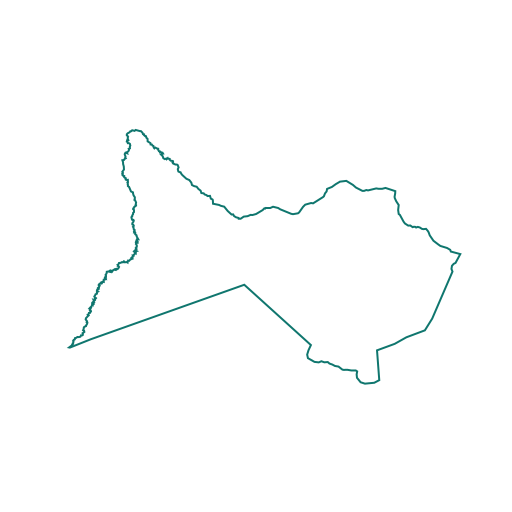 Dormaa West, Brong Ahafo, Ghana, rotated 169°
{"feature_id": "2480657B11503231198633", "entity_name": "Dormaa West", "entity_type": "district", "adm_level": 2, "iso_a3": "GHA", "parent_name": "Ghana", "parent_adm1": "Brong Ahafo", "projection": "albers", "projection_center": [-2.874, 6.975], "detail": "fine", "context": "isolated", "style": "outline", "palette": "teal", "viewbox_px": 512, "rotation_deg": 169, "n_neighbors": 0, "source": "geoboundaries", "source_scale": "gbopen_adm2", "svg_char_len": 6140}
<svg xmlns="http://www.w3.org/2000/svg" viewBox="0 0 512 512"><g transform="rotate(169 256 256)"><path d="M353.4,403.0L354.0,402.9L354.5,402.3L355.6,402.4L356.4,401.6L358.6,400.9L359.6,400.1L359.8,399.0L359.3,398.6L358.8,397.5L359.5,396.2L359.2,393.9L359.7,393.8L360.4,394.2L361.0,393.0L360.5,392.6L360.3,391.2L359.4,391.1L358.4,390.2L358.3,388.4L359.0,387.4L359.2,385.8L360.5,385.5L360.3,384.6L361.0,383.5L361.7,382.9L363.1,382.5L362.9,381.4L364.4,382.3L365.2,381.5L365.5,380.7L365.1,378.6L365.6,377.7L365.2,376.8L366.4,376.4L367.2,375.5L368.9,375.5L368.6,373.5L368.9,371.7L368.7,369.1L369.1,366.1L371.2,364.1L370.8,363.1L371.5,362.4L371.1,361.8L371.7,361.1L370.8,359.7L370.1,359.6L370.3,358.4L369.0,357.2L369.4,356.8L369.3,355.8L368.1,355.2L367.3,355.2L367.6,353.1L368.1,352.8L367.8,352.2L368.3,351.1L368.1,350.4L368.4,349.1L367.4,348.0L366.4,343.2L364.6,341.9L364.8,341.3L364.6,338.8L363.8,337.0L363.8,336.1L364.6,334.3L364.1,334.0L363.5,331.4L364.4,329.2L364.0,328.8L364.1,328.4L364.8,328.4L365.1,327.8L366.1,327.5L366.6,326.5L367.4,326.2L367.7,325.5L367.0,324.5L367.4,322.4L368.4,321.8L368.7,320.5L369.8,319.4L369.9,318.6L370.9,317.9L370.8,315.4L370.5,315.0L369.5,314.9L369.2,314.3L369.7,313.1L370.9,312.1L371.4,311.0L371.3,310.5L370.5,310.1L370.2,308.9L371.2,308.1L370.8,307.3L370.9,305.6L370.2,304.7L371.0,303.6L370.6,303.2L370.9,302.7L370.6,302.7L370.9,302.1L370.1,301.7L370.4,300.4L369.3,299.1L369.4,297.9L368.4,294.9L369.6,295.2L370.1,294.5L369.4,292.8L369.7,291.6L370.5,291.9L370.4,293.2L370.7,293.5L371.4,292.4L371.2,291.3L371.6,290.7L371.2,290.2L371.0,288.5L371.4,288.1L371.5,287.5L372.4,286.9L371.9,285.6L372.2,285.4L372.7,285.7L372.9,285.1L373.7,284.6L372.8,284.5L372.9,284.2L372.2,283.6L373.0,283.5L373.4,282.0L373.7,282.5L374.3,282.6L373.9,281.8L374.1,281.4L375.9,280.5L376.0,279.9L376.6,280.0L376.4,279.5L377.0,279.4L377.4,278.2L378.2,278.3L378.7,277.9L378.0,276.9L380.1,276.5L381.4,275.5L382.4,275.9L382.6,275.4L383.5,275.0L383.1,274.7L383.3,274.1L383.8,274.6L386.1,274.9L386.4,275.8L386.7,276.0L387.5,275.2L388.4,275.3L388.7,275.6L390.2,275.1L391.8,275.3L392.8,273.9L393.4,273.7L393.1,273.3L393.5,272.6L393.0,272.4L392.5,271.4L393.7,269.9L394.6,270.0L394.9,269.5L395.4,269.4L395.8,269.7L396.3,269.0L397.0,269.3L396.6,270.0L397.2,270.0L397.3,269.6L398.9,269.4L400.1,268.2L400.5,268.8L401.0,268.3L401.5,269.1L401.9,268.8L402.1,269.5L402.8,269.2L402.4,268.3L404.1,269.0L405.5,269.0L406.0,267.4L407.3,266.1L407.0,265.4L407.2,264.4L407.8,264.2L407.6,263.4L408.1,263.4L407.9,262.2L408.7,262.6L408.8,261.8L410.0,261.8L410.4,259.6L411.3,260.0L412.3,258.9L412.9,259.7L413.3,259.4L413.5,258.5L414.8,258.7L416.0,257.6L416.0,257.3L415.2,257.0L415.1,256.7L415.6,256.5L416.1,255.2L416.8,255.0L416.4,254.4L416.7,253.7L417.1,253.9L417.4,253.4L417.9,253.7L418.2,253.4L418.2,252.9L418.7,252.6L418.6,251.5L418.2,251.2L419.1,251.0L419.3,249.4L420.9,249.0L421.5,247.9L422.4,247.2L422.1,246.3L422.2,245.6L421.7,245.4L422.1,245.1L421.7,244.8L422.1,244.6L422.4,243.5L423.3,243.2L423.8,243.6L423.7,243.1L424.2,241.9L423.8,241.5L424.5,241.0L424.4,239.9L424.9,239.7L425.2,240.4L425.5,239.4L426.0,240.2L426.2,239.4L427.6,237.0L428.2,237.3L429.6,236.2L428.7,235.6L429.4,234.4L428.6,233.8L428.6,233.0L429.3,232.8L429.7,231.9L430.9,232.0L431.7,230.6L431.6,230.0L432.4,230.2L432.3,229.2L434.8,227.4L435.3,226.2L434.3,224.2L434.8,223.4L434.3,223.1L434.2,222.7L435.2,221.0L436.2,220.2L436.3,219.6L438.1,219.2L438.9,218.2L439.0,217.4L439.9,216.1L439.0,215.4L439.0,214.2L441.0,213.3L440.8,212.5L441.2,211.4L442.1,211.2L442.9,211.5L443.8,210.3L445.4,210.2L446.8,210.6L447.9,210.0L449.4,209.9L449.8,208.7L451.0,208.4L451.7,207.6L451.4,207.2L451.9,205.7L452.4,205.4L452.4,204.6L453.1,204.5L454.0,203.3L456.9,201.9L456.2,201.6L434.0,205.8L273.0,230.0L219.1,158.1L222.5,153.4L224.6,149.4L224.5,145.8L218.8,140.9L214.7,139.6L211.9,140.2L209.2,138.6L205.8,138.2L204.4,136.4L201.8,134.9L199.5,133.0L196.1,131.7L192.9,128.0L191.7,127.5L188.1,126.9L184.4,125.5L179.9,124.6L178.7,123.4L179.8,120.6L180.1,117.2L177.4,112.1L173.4,109.9L164.1,109.0L158.7,110.6L155.2,140.3L136.6,143.3L123.9,147.5L104.4,150.8L95.0,160.9L66.1,203.2L66.6,206.0L65.5,209.0L63.4,210.6L61.5,211.1L55.1,218.9L63.9,223.2L64.2,225.0L66.9,227.4L73.1,230.7L75.0,232.7L78.9,237.1L81.5,243.1L82.0,246.3L82.6,247.9L83.9,250.2L86.5,250.4L88.0,251.0L89.7,252.7L91.6,253.7L93.4,253.4L93.9,254.1L95.4,254.6L96.7,254.4L98.7,256.5L100.8,256.8L103.6,259.5L104.6,261.6L106.9,268.9L107.9,270.0L107.7,274.0L106.2,278.8L107.9,283.0L108.7,286.3L108.7,287.6L107.4,291.0L106.9,293.1L115.9,298.1L119.3,297.9L122.9,298.6L125.1,299.4L133.5,299.0L135.1,299.7L137.5,299.3L139.1,299.6L144.8,304.1L147.3,307.3L153.0,312.5L159.9,313.0L159.5,312.9L164.0,311.3L168.3,309.3L173.4,308.3L174.4,305.9L176.3,304.3L178.0,301.6L179.1,301.0L189.9,296.8L191.8,297.5L197.9,297.0L200.4,295.3L205.3,290.6L206.6,289.9L211.7,290.0L213.4,290.7L223.3,297.2L225.1,298.9L229.9,301.1L232.8,300.4L237.3,301.3L238.0,300.8L238.7,301.2L240.7,299.8L247.9,297.2L251.7,296.9L253.4,297.4L256.6,296.7L260.5,297.0L264.0,295.5L265.9,295.9L265.9,296.7L268.2,297.8L269.9,299.4L270.5,301.2L272.1,301.4L275.2,305.6L277.8,310.5L280.8,311.9L282.6,313.2L288.2,315.5L287.7,319.2L288.0,319.9L289.4,320.9L289.7,323.8L292.2,324.1L292.9,325.2L294.7,326.2L295.4,327.5L297.6,328.2L297.9,330.7L299.8,332.9L301.0,335.3L303.4,336.4L305.3,337.9L305.5,340.4L307.0,343.3L309.6,345.1L313.0,349.7L313.7,351.1L314.1,352.6L315.0,352.9L316.1,353.8L316.2,356.2L315.1,357.7L315.5,360.2L316.1,360.8L317.7,361.2L319.7,362.6L320.1,363.6L319.4,364.1L319.5,365.1L321.6,365.9L322.3,366.9L322.2,367.8L323.9,368.4L324.0,368.9L325.2,368.1L325.4,368.8L327.0,368.5L328.3,369.7L328.5,371.7L329.9,373.8L328.7,374.2L327.7,374.2L328.1,375.3L329.0,375.5L329.7,376.3L330.5,376.1L330.5,377.1L331.3,377.4L331.8,379.1L331.5,379.8L331.7,380.1L332.7,380.4L334.2,381.7L334.9,381.6L335.3,381.2L335.7,382.0L335.7,383.6L336.5,384.1L337.0,385.3L338.2,385.6L338.1,387.0L340.5,389.2L340.1,391.7L341.1,393.1L341.1,394.5L341.4,394.9L342.0,394.9L342.9,396.1L342.7,396.8L343.7,397.2L343.9,398.7L345.2,400.6L346.0,400.7L350.1,402.7L351.3,402.0L353.4,403.0Z" fill="none" stroke="#0f766e" stroke-width="2"/></g></svg>